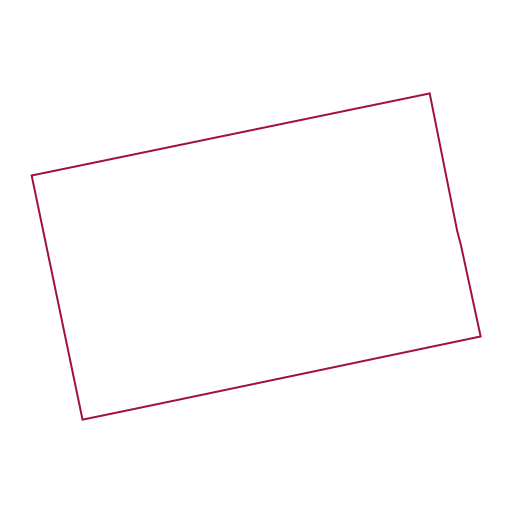 outline of McPherson, Nebraska, United States of America, rotated 348°
{"feature_id": "52423323B32100052326403", "entity_name": "McPherson", "entity_type": "district", "adm_level": 2, "iso_a3": "USA", "parent_name": "United States of America", "parent_adm1": "Nebraska", "projection": "robinson", "projection_center": [-100.944, 41.568], "detail": "fine", "context": "isolated", "style": "outline", "palette": "rose", "viewbox_px": 512, "rotation_deg": 348, "n_neighbors": 0, "source": "geoboundaries", "source_scale": "gbopen_adm2", "svg_char_len": 272}
<svg xmlns="http://www.w3.org/2000/svg" viewBox="0 0 512 512"><g transform="rotate(348 256 256)"><path d="M459.0,381.4L458.7,288.1L458.0,272.9L459.7,133.1L383.2,132.6L53.3,130.6L52.3,380.0L133.0,380.4L459.0,381.4Z" fill="none" stroke="#9f1239" stroke-width="2"/></g></svg>